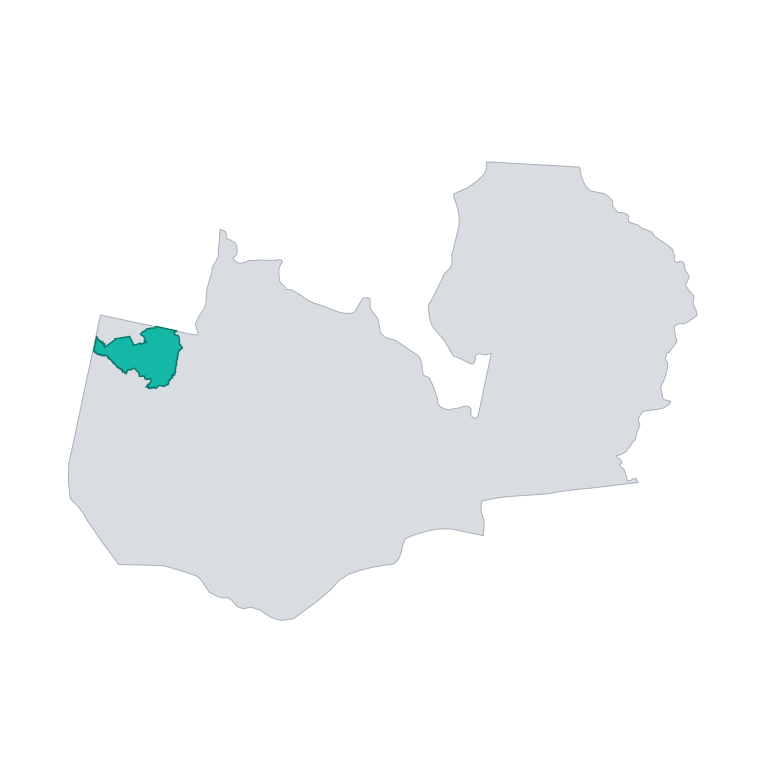 Zambezi, North-Western, Zambia (highlighted), rotated 12°
{"feature_id": "96606910B76619304368438", "entity_name": "Zambezi", "entity_type": "district", "adm_level": 2, "iso_a3": "ZMB", "parent_name": "Zambia", "parent_adm1": "North-Western", "projection": "mercator", "projection_center": [22.726, -13.599], "detail": "fine", "context": "in_parent", "style": "filled", "palette": "teal", "viewbox_px": 768, "rotation_deg": 12, "n_neighbors": 0, "source": "geoboundaries", "source_scale": "gbopen_adm2", "svg_char_len": 9324}
<svg xmlns="http://www.w3.org/2000/svg" viewBox="0 0 768 768"><g transform="rotate(12 384 384)"><path d="M512.6,511.7L479.4,511.8L467.3,514.5L457.3,518.6L445.4,525.1L438.6,529.6L436.7,532.1L435.8,537.6L435.8,546.1L434.6,552.3L431.0,557.9L412.9,564.7L401.2,570.3L389.6,576.9L380.8,585.5L374.8,596.0L364.9,609.1L344.1,632.5L332.0,636.8L321.9,635.8L309.7,631.0L300.1,630.0L292.9,633.1L286.3,632.1L280.2,627.2L275.1,625.4L271.0,626.8L265.7,626.5L256.1,623.8L247.8,615.5L243.2,612.0L239.8,610.7L229.8,609.4L206.9,607.5L183.2,611.6L162.3,615.8L141.1,597.2L120.6,577.6L116.3,572.6L108.6,566.1L103.0,562.9L100.9,561.3L95.3,543.9L92.3,527.9L92.3,375.5L185.4,375.5L191.4,374.8L191.6,373.2L187.3,365.1L187.5,362.3L188.7,356.8L192.8,345.9L193.0,342.2L191.2,330.3L191.3,323.7L192.4,310.2L191.8,305.7L193.9,299.7L194.7,295.7L195.5,294.0L194.5,289.4L192.6,273.5L191.5,266.8L197.1,267.8L199.0,271.1L200.0,274.6L202.6,274.8L209.2,277.0L211.5,279.9L213.0,286.3L212.1,289.6L209.9,292.2L212.1,294.5L216.5,296.1L219.1,295.6L226.6,291.3L233.5,289.7L237.0,288.5L252.4,285.7L255.4,284.1L257.6,284.1L259.1,285.4L257.7,289.9L257.3,293.9L259.2,301.5L260.6,305.0L263.8,307.6L266.1,309.0L268.7,311.7L274.1,311.2L285.8,315.1L289.4,316.9L294.4,318.7L297.9,319.3L310.1,320.7L322.9,322.9L329.5,323.1L334.2,322.5L337.6,321.4L339.6,320.2L340.5,319.1L345.3,304.7L347.8,303.6L351.0,302.8L352.8,304.1L354.9,313.2L364.2,321.4L367.4,328.3L369.7,334.3L371.7,335.9L375.2,337.9L380.8,338.6L385.9,338.8L410.8,348.9L413.6,350.8L416.7,356.1L418.5,362.2L420.5,367.0L423.7,368.0L426.6,368.3L429.4,371.6L431.6,374.5L439.0,386.4L440.0,391.2L443.6,394.4L448.5,395.7L453.0,395.9L455.6,394.5L462.0,392.0L467.0,389.2L470.6,388.2L472.7,388.8L474.4,390.7L475.5,396.7L479.0,398.7L481.6,397.9L482.6,395.6L482.7,394.4L482.6,332.2L480.4,332.7L477.5,334.4L470.9,334.6L468.3,335.9L467.5,337.9L468.0,340.5L468.1,344.0L467.2,345.7L464.3,346.3L460.1,345.0L452.5,343.2L446.1,342.1L441.6,337.4L435.4,330.4L431.4,326.9L421.7,319.6L420.0,318.1L417.1,314.7L414.5,308.9L412.1,302.2L410.8,297.9L413.2,291.4L418.8,269.9L420.2,263.3L424.9,256.5L425.2,250.4L423.3,242.7L423.8,238.4L424.4,214.0L423.2,206.2L420.0,197.7L413.0,185.8L413.0,183.3L423.8,175.5L427.0,172.6L432.6,166.4L436.4,161.1L438.8,156.8L439.6,151.2L437.8,145.9L441.5,144.8L530.4,131.2L531.7,134.8L534.3,140.8L537.4,145.3L541.2,149.2L544.5,151.6L546.6,152.3L560.3,152.0L565.2,154.4L569.5,157.4L570.6,162.1L573.4,165.0L576.4,167.3L577.8,167.6L580.0,167.0L583.7,166.9L587.1,167.9L588.7,169.0L588.8,172.9L589.9,174.6L594.5,175.3L599.2,175.6L603.8,178.2L608.7,178.7L614.4,179.8L617.1,182.6L623.1,185.6L630.5,188.2L638.7,192.5L638.9,193.8L640.2,196.4L641.7,198.2L641.8,200.9L642.5,203.4L644.6,204.0L646.3,204.2L647.9,202.4L650.1,202.4L652.5,203.6L653.3,206.5L655.2,210.3L658.2,213.0L660.2,215.5L659.5,220.2L658.2,224.4L662.3,228.7L667.7,232.7L669.1,234.4L669.5,240.4L670.3,242.4L674.0,247.3L675.7,250.6L675.6,252.5L665.9,262.3L659.9,263.8L657.3,265.8L655.7,267.9L659.6,277.6L661.7,281.4L659.9,286.0L656.1,293.9L654.3,294.6L654.0,300.6L655.2,302.7L657.1,304.4L657.9,308.5L657.7,318.6L655.3,330.0L659.7,340.0L661.2,341.1L667.2,341.2L668.3,342.0L666.8,344.9L662.6,349.3L654.8,352.7L643.8,356.5L641.4,360.1L640.0,365.4L641.2,368.5L642.7,370.3L642.2,374.9L641.2,379.8L641.6,383.6L641.1,387.0L639.6,388.6L637.7,393.7L635.3,398.9L633.4,401.2L630.6,403.7L626.2,405.7L626.3,406.8L631.3,409.1L632.6,410.8L633.0,411.9L631.0,414.5L633.3,416.1L636.1,417.4L638.7,420.8L641.8,427.3L642.3,427.9L643.2,428.0L644.8,427.3L647.9,424.7L650.1,423.8L652.8,427.5L606.4,443.4L595.5,446.7L579.2,452.4L573.9,454.5L569.7,456.5L526.5,469.0L519.7,471.5L504.4,477.9L503.9,478.9L504.1,481.8L505.5,487.9L508.1,493.3L510.4,496.5L511.8,504.6L512.6,511.7Z" fill="#d9dde1" stroke="#a8b0b8" stroke-width="1"/><path d="M93.1,397.7L93.2,412.7L93.2,412.3L93.6,412.1L93.8,412.3L93.9,412.2L94.2,412.5L94.4,412.4L94.6,412.6L94.9,412.6L94.9,412.8L95.0,412.7L95.2,412.9L95.3,412.8L95.8,413.5L96.2,413.6L96.4,413.6L96.7,413.9L96.9,413.9L97.0,414.1L97.6,414.0L98.1,414.4L98.5,414.5L98.7,414.4L98.7,414.6L99.0,414.5L99.4,414.3L99.6,414.4L99.6,414.2L100.0,414.0L100.3,413.8L100.7,414.1L100.8,414.0L101.0,414.1L101.3,414.3L101.3,414.6L101.4,414.8L102.0,414.9L102.4,414.8L102.7,414.4L102.9,414.5L103.1,414.2L103.2,414.3L103.7,414.4L103.9,414.6L104.4,414.6L104.7,414.0L105.4,413.7L105.6,413.9L105.9,413.9L106.1,413.8L106.7,414.0L107.2,414.0L107.4,414.2L107.3,414.4L107.6,414.4L107.7,414.7L108.0,415.0L108.3,414.9L108.4,415.1L108.7,415.0L108.8,415.3L109.1,415.5L109.0,416.2L109.2,416.4L109.6,416.2L109.9,416.5L110.1,416.5L110.2,416.4L110.3,416.5L110.5,416.2L110.8,416.4L110.9,416.7L111.8,417.1L112.8,418.2L113.2,418.1L113.5,418.4L113.9,418.4L113.9,418.6L114.1,418.6L114.2,418.9L114.2,419.3L114.8,419.5L114.9,420.0L115.2,420.0L115.5,420.3L115.9,420.2L116.3,420.5L116.4,420.3L117.1,420.3L117.6,420.8L117.7,421.1L118.3,421.4L118.4,421.6L118.8,422.0L119.0,422.0L118.8,422.1L118.7,422.3L119.0,422.4L119.0,422.5L119.3,422.4L119.5,422.7L119.6,422.8L120.0,422.8L119.9,422.9L120.1,423.1L120.5,423.1L120.7,423.4L120.9,423.5L121.0,423.7L121.4,423.4L122.1,423.7L122.4,423.4L122.5,423.6L122.6,424.0L123.0,423.9L123.2,424.0L123.3,423.8L123.8,423.9L123.7,424.0L123.8,424.2L123.6,424.3L123.9,424.5L123.7,424.6L123.8,424.7L124.0,424.6L124.5,424.2L124.8,424.9L125.2,424.8L125.2,425.5L126.0,425.7L126.1,426.1L125.8,426.5L125.9,426.8L126.1,426.7L126.5,426.0L127.1,426.3L127.7,426.3L128.3,427.1L128.6,426.4L128.8,426.4L128.8,426.9L129.2,427.0L129.5,427.3L129.5,427.0L129.7,426.9L129.7,426.6L131.0,422.8L131.4,423.0L131.9,422.8L132.3,423.0L133.3,423.0L136.0,420.4L141.4,423.7L142.3,424.9L143.0,427.1L144.3,427.1L144.7,427.2L145.5,426.7L146.6,426.4L147.2,426.2L147.8,426.3L148.2,426.1L148.3,427.2L148.6,427.7L149.2,428.3L149.4,428.7L150.7,428.9L152.0,428.5L152.1,427.9L153.1,427.9L154.0,427.7L154.1,427.2L154.4,427.0L155.3,428.6L155.4,430.2L154.6,431.8L154.1,433.1L153.2,433.5L152.9,433.8L152.8,434.6L152.1,436.3L152.9,436.1L153.1,436.3L153.4,436.4L153.5,436.1L153.2,435.8L153.4,435.4L153.6,435.2L154.0,435.2L154.4,435.7L154.1,436.2L154.2,436.6L154.4,437.0L155.1,437.4L155.3,437.3L155.7,436.5L156.1,436.3L156.4,436.2L157.1,436.6L157.7,436.6L158.3,435.9L158.3,435.7L158.0,435.6L158.1,435.4L158.5,435.4L158.9,435.6L159.4,435.6L159.8,435.2L159.9,435.5L160.1,435.6L160.6,435.4L161.7,435.6L162.1,435.5L162.6,434.9L162.8,433.9L163.2,433.6L163.7,432.6L164.2,432.4L164.8,432.3L165.8,432.0L168.1,432.2L169.0,431.9L169.7,431.9L170.0,431.2L170.6,431.0L172.2,429.6L172.8,429.3L173.0,429.0L173.0,428.7L173.3,428.6L173.2,428.3L173.2,428.0L172.6,426.8L173.0,426.2L172.8,426.1L172.9,425.8L173.1,425.7L173.0,425.3L173.1,425.0L173.4,425.0L173.9,424.5L173.6,424.0L173.9,423.9L174.0,423.7L174.6,423.2L174.9,422.6L175.1,422.3L174.9,421.8L175.1,421.8L175.1,421.6L175.3,421.6L175.2,421.5L175.4,421.2L175.1,420.7L175.0,420.8L174.9,420.4L174.6,420.3L174.7,420.0L175.1,419.8L175.1,419.6L175.4,419.5L175.2,419.3L175.3,419.2L175.5,419.3L175.8,419.7L176.1,419.8L176.3,419.3L176.2,419.2L176.5,419.2L176.9,419.0L176.8,418.7L177.0,418.8L177.2,418.7L177.2,418.4L177.0,417.7L177.7,415.6L177.6,415.2L177.0,414.2L177.1,413.9L176.8,413.6L176.7,413.1L177.1,412.0L177.1,411.7L176.6,410.8L176.6,410.4L176.9,409.7L176.9,408.8L177.1,408.0L177.0,407.7L176.6,406.5L176.5,406.0L176.5,405.6L176.4,405.4L176.2,405.3L176.4,405.1L176.3,403.6L176.6,402.9L176.5,402.4L176.7,402.2L176.5,401.8L176.7,401.5L176.4,400.8L176.3,400.6L176.4,400.1L176.6,399.6L176.6,399.1L176.5,398.9L176.2,398.3L176.4,398.1L176.4,397.7L176.0,397.3L176.3,396.5L176.2,396.4L176.4,396.3L176.3,395.9L176.5,395.2L176.4,395.2L176.3,394.9L176.4,394.5L176.6,394.4L176.9,393.6L177.1,393.5L177.0,393.4L177.7,392.8L178.5,391.7L179.0,391.2L179.2,390.4L175.3,387.0L175.2,384.9L173.6,380.7L173.0,380.2L172.7,379.5L168.9,379.2L168.7,379.0L168.7,378.5L168.5,378.1L167.6,377.5L167.9,377.3L168.1,377.0L168.3,377.0L168.4,376.9L168.7,376.8L168.7,376.4L169.0,376.2L168.9,376.0L169.1,376.0L169.6,375.5L169.8,375.4L169.9,375.5L170.0,375.2L149.0,375.1L147.8,377.0L147.1,377.3L144.8,377.6L143.7,378.4L143.0,378.7L142.7,378.6L141.8,378.8L141.3,379.0L140.3,379.7L139.3,381.6L138.8,381.8L137.1,383.3L137.1,383.5L136.0,384.8L135.9,385.2L135.7,385.4L135.5,385.7L135.9,385.9L136.2,386.4L136.6,386.7L138.4,387.2L139.3,387.7L140.8,389.2L141.0,389.5L141.0,389.9L140.5,390.7L140.4,391.1L140.6,391.5L140.8,391.8L141.2,392.0L142.1,391.7L142.7,391.8L143.3,392.4L143.3,392.5L142.8,392.8L141.2,393.2L140.9,393.6L140.3,393.8L140.0,394.3L137.7,395.7L137.1,394.7L136.0,395.3L133.8,396.9L131.4,397.7L130.8,398.1L130.7,397.6L130.3,397.0L130.0,396.3L129.6,396.0L127.8,393.4L126.2,391.8L125.5,390.4L111.5,395.8L112.0,396.3L103.4,406.0L103.0,405.8L102.7,405.1L102.1,404.9L102.2,404.7L102.5,404.7L102.6,404.3L102.3,404.4L102.2,404.3L102.2,404.1L102.5,404.0L102.5,403.8L102.1,403.8L101.9,403.6L101.9,403.4L102.1,403.6L102.4,403.2L101.8,403.2L101.7,403.1L101.9,403.0L102.0,402.8L101.4,402.5L100.6,402.8L100.6,402.4L100.3,402.0L99.9,402.3L99.9,401.8L99.5,402.1L99.3,401.8L99.0,401.8L98.8,401.5L98.3,401.7L98.6,401.2L97.8,401.4L97.2,400.8L97.1,401.0L97.1,401.3L96.8,401.4L96.8,400.9L96.4,400.7L96.3,400.4L95.6,400.5L95.4,400.1L95.0,400.2L94.6,399.7L94.6,399.2L94.2,398.7L93.9,398.7L93.8,399.0L93.5,399.0L93.4,398.8L93.8,398.6L94.1,398.2L93.9,398.1L93.5,398.3L93.5,397.9L93.1,397.7Z" fill="#14b8a6" stroke="#0f766e" stroke-width="1.5"/></g></svg>